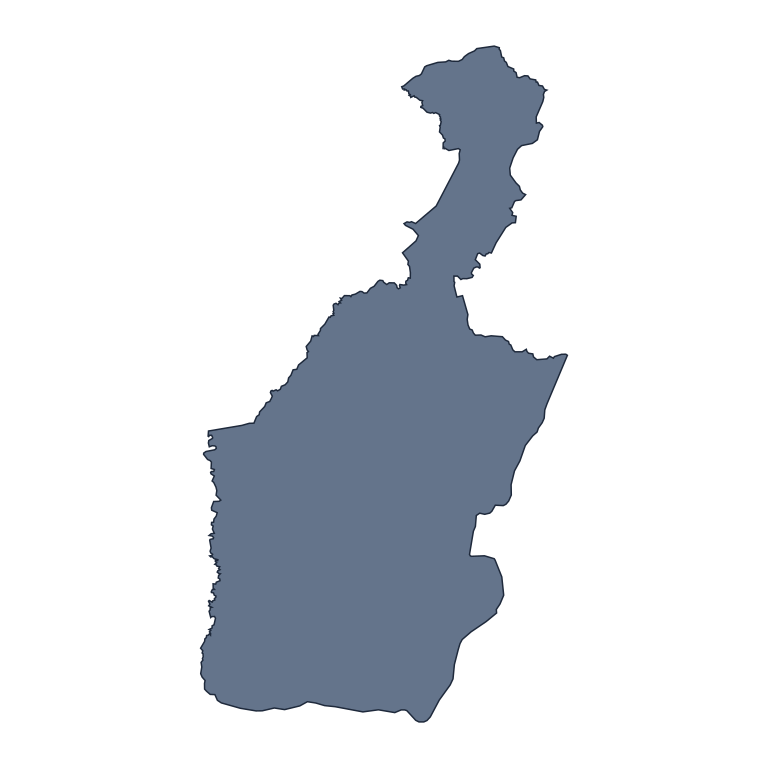 Isidro Ayora, Guayas, Ecuador
{"feature_id": "8360857B10119074569782", "entity_name": "Isidro Ayora", "entity_type": "district", "adm_level": 2, "iso_a3": "ECU", "parent_name": "Ecuador", "parent_adm1": "Guayas", "projection": "mercator", "projection_center": [-80.16, -1.923], "detail": "fine", "context": "isolated", "style": "filled", "palette": "slate", "viewbox_px": 768, "rotation_deg": 0, "n_neighbors": 0, "source": "geoboundaries", "source_scale": "gbopen_adm2", "svg_char_len": 6073}
<svg xmlns="http://www.w3.org/2000/svg" viewBox="0 0 768 768"><path d="M496.6,613.0L496.3,609.5L500.0,604.0L503.7,595.2L501.8,576.9L495.1,560.1L494.2,558.7L484.5,555.8L471.7,556.3L470.4,556.0L469.5,554.5L473.4,531.2L475.4,526.5L476.3,515.5L479.7,513.2L484.7,514.3L489.8,513.1L491.8,511.3L495.3,505.2L503.3,505.6L506.0,504.2L508.7,501.0L511.3,495.0L511.1,484.7L514.5,470.9L519.9,460.9L525.3,445.5L532.7,435.9L537.1,432.0L538.4,428.0L542.2,422.7L544.2,418.2L544.8,409.9L547.0,403.8L567.4,355.3L565.8,354.2L561.5,354.3L554.4,356.6L553.4,358.2L549.6,356.2L546.9,358.9L536.8,359.7L533.5,356.9L532.8,353.9L528.5,353.2L526.9,351.4L526.3,349.3L522.2,351.8L514.9,351.8L512.8,349.8L510.8,345.0L509.2,344.1L508.5,341.5L505.5,340.1L502.4,336.7L491.2,335.8L485.1,336.8L481.0,335.0L475.3,335.2L473.4,333.0L472.2,330.0L469.7,329.0L468.0,324.9L467.2,319.4L467.9,314.6L462.5,295.7L456.9,297.0L454.1,285.8L454.7,282.3L454.0,281.6L453.9,276.1L457.5,276.1L460.9,279.5L462.8,278.6L466.9,278.7L472.1,277.4L473.3,275.5L471.6,274.0L471.4,272.7L473.8,268.1L476.2,267.0L478.0,267.0L479.4,268.1L480.1,267.7L479.8,264.2L475.3,259.7L477.7,253.6L479.7,253.1L482.8,255.5L485.1,256.0L486.3,253.9L487.7,253.8L488.9,252.5L491.4,253.0L496.1,242.8L505.8,227.4L512.1,222.9L515.4,222.7L516.2,216.3L512.0,215.3L512.7,212.6L509.7,208.3L511.8,207.8L514.5,201.5L515.8,200.6L521.0,199.9L525.6,194.6L522.6,193.1L520.3,189.9L519.4,186.3L515.9,182.8L510.3,175.1L509.7,168.1L513.1,157.9L517.5,149.3L521.6,145.6L532.4,143.4L537.4,139.8L539.5,131.4L542.8,126.7L542.4,125.2L539.1,122.5L536.4,123.1L536.2,116.9L542.8,101.6L543.8,97.4L543.4,94.5L544.5,91.5L546.8,90.1L544.4,89.4L542.5,86.0L538.9,85.4L537.5,82.1L536.2,82.1L535.7,79.9L530.1,78.9L527.9,75.9L524.5,75.7L519.7,77.7L517.1,77.3L516.1,72.6L513.8,71.1L513.7,69.0L507.9,66.5L506.3,62.4L504.5,61.0L503.7,57.8L501.7,57.0L500.4,50.6L499.2,49.2L499.3,47.7L494.2,46.1L476.8,48.6L474.5,50.9L468.5,53.6L464.4,56.6L462.2,59.5L458.5,61.3L451.8,61.2L448.8,60.3L445.7,61.9L437.8,62.4L426.7,65.7L424.7,66.9L421.4,73.9L419.4,75.5L416.0,76.3L412.8,78.3L403.7,86.0L401.7,86.7L402.6,89.0L404.5,89.0L404.3,90.0L406.2,89.8L407.0,91.0L408.4,91.0L408.9,93.9L410.1,94.5L409.1,95.4L410.7,96.2L410.8,97.4L414.1,95.8L414.8,97.1L416.2,97.3L420.0,100.3L422.6,100.7L421.9,102.5L422.7,105.6L420.9,106.4L420.8,107.4L423.0,108.2L427.0,112.2L430.5,113.1L432.5,112.5L433.8,113.4L435.7,112.6L439.6,114.6L439.4,115.8L440.5,117.1L440.1,118.7L440.9,119.1L440.3,120.1L441.2,121.6L440.3,125.4L439.6,125.6L440.2,127.3L439.5,131.9L442.5,135.1L443.4,138.0L444.9,138.8L445.2,141.0L443.2,142.9L443.1,147.9L443.8,147.3L444.2,148.8L445.2,148.4L448.9,150.5L458.4,148.6L460.2,149.8L459.2,153.5L459.5,160.1L458.6,163.1L436.2,206.0L415.6,223.5L411.5,221.7L409.7,222.4L407.0,221.9L404.0,223.6L405.5,225.4L413.0,229.2L418.4,235.6L416.0,240.9L402.5,252.8L408.4,261.1L407.9,264.5L409.5,266.4L410.4,272.7L410.3,278.1L408.3,277.8L407.5,280.3L405.9,281.2L405.7,283.1L406.6,284.6L403.7,285.1L399.9,284.5L399.5,285.7L400.3,287.8L398.4,288.8L397.1,287.7L396.6,285.3L394.3,282.9L389.2,282.8L386.8,284.5L383.7,282.3L382.8,280.6L379.8,280.2L377.9,281.4L374.1,286.3L370.4,288.3L366.9,292.9L364.1,293.1L362.0,291.6L360.0,291.4L355.4,294.1L351.9,295.0L350.9,296.6L349.9,295.7L344.4,295.6L341.9,298.5L340.4,298.2L341.6,300.3L339.1,301.5L340.5,302.9L338.8,303.2L338.0,304.7L336.0,303.3L333.9,304.1L333.2,305.3L333.8,310.4L333.1,311.6L333.9,313.2L333.0,313.7L333.8,315.3L331.1,315.8L330.2,317.3L329.0,317.0L324.8,324.2L320.5,328.5L320.4,330.5L318.0,334.3L318.5,335.6L314.2,335.4L313.5,336.5L312.1,335.9L310.7,341.1L306.2,346.5L307.1,349.9L308.4,351.6L307.0,352.6L307.2,357.8L298.6,364.9L296.8,369.3L293.1,369.8L290.9,375.3L288.6,377.9L287.8,381.9L285.1,384.8L281.4,386.3L280.3,389.3L277.6,390.8L276.1,389.8L273.1,391.1L272.1,390.4L270.9,391.0L270.4,392.6L272.3,396.1L271.3,398.5L269.7,401.5L266.2,402.8L264.7,406.5L259.6,411.9L259.2,414.7L256.6,416.6L253.9,423.2L249.3,423.3L241.9,425.4L208.5,431.0L208.1,436.2L208.7,436.6L209.5,435.3L211.6,435.3L212.6,437.3L212.5,438.4L208.8,440.5L208.4,443.0L209.3,446.8L212.2,445.7L214.7,445.9L215.9,446.6L216.3,448.4L214.7,449.8L206.0,451.5L203.7,453.1L203.6,454.4L207.6,459.5L210.1,460.6L211.4,462.1L211.1,468.5L214.4,469.5L213.7,471.5L211.6,471.5L210.6,472.3L211.0,473.8L214.3,476.0L212.1,481.0L213.7,482.4L216.0,487.2L216.8,490.6L216.1,495.2L220.8,500.1L219.1,501.3L213.7,501.5L211.4,507.7L211.7,510.2L217.2,512.7L216.2,516.2L214.0,519.0L213.6,522.2L211.6,522.4L211.4,524.8L213.2,526.1L212.4,529.0L214.3,533.3L211.2,533.7L209.1,535.5L212.3,536.1L213.6,537.6L213.3,538.7L210.1,539.4L209.7,540.2L211.1,548.1L210.1,551.2L210.7,552.9L212.6,554.3L211.9,555.5L209.7,555.9L210.7,556.9L212.3,556.8L214.1,558.7L217.9,559.7L217.7,560.6L215.4,560.4L215.3,561.3L216.7,562.7L214.8,564.3L216.5,565.0L217.0,566.2L219.7,566.7L218.6,568.6L220.0,569.7L217.9,570.7L217.2,572.1L219.0,573.6L220.3,573.8L218.6,575.5L218.2,578.0L219.8,579.0L220.0,580.7L216.3,582.2L215.7,584.1L213.1,583.8L213.2,588.1L214.4,589.4L212.4,589.5L211.3,591.6L211.4,592.5L213.5,592.9L214.3,595.3L215.9,596.0L215.8,597.4L214.4,598.6L214.8,600.0L212.8,600.8L212.1,602.1L209.2,600.5L208.5,601.2L209.9,604.2L208.7,605.8L211.8,607.3L210.2,607.7L210.1,609.9L209.1,611.2L210.7,617.5L211.6,616.6L214.5,616.5L215.5,618.2L214.0,624.8L212.1,625.8L212.1,628.0L209.1,629.5L210.8,630.3L209.4,631.9L210.6,633.4L210.5,635.1L209.4,633.9L208.2,635.2L206.6,635.5L206.3,637.6L204.9,638.8L204.6,641.4L200.6,648.2L202.8,650.8L202.1,653.0L203.0,653.7L203.2,656.8L202.4,658.6L202.9,660.1L201.1,662.4L201.8,667.0L200.7,673.7L202.2,677.2L205.1,680.5L204.5,683.4L204.6,689.1L206.6,691.3L210.2,694.4L214.9,694.6L217.4,700.3L221.3,702.9L240.4,708.3L256.0,710.9L262.3,710.8L274.3,708.0L284.6,709.6L299.8,705.9L307.4,701.7L315.7,703.0L324.6,705.6L335.2,706.7L362.9,711.9L378.4,709.8L394.8,712.6L401.2,709.9L404.6,709.9L406.8,710.6L415.7,720.3L418.9,721.9L423.9,721.9L427.0,720.5L430.3,716.9L439.3,700.0L450.2,684.9L453.0,678.9L454.4,664.5L458.2,649.7L460.0,643.6L462.2,639.5L471.1,631.8L486.1,621.6L496.6,613.0Z" fill="#64748b" stroke="#1e293b" stroke-width="1.5"/></svg>